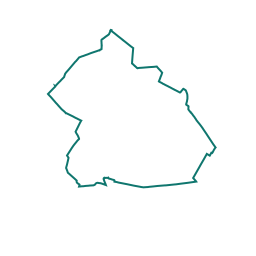 outline of Cenei, Timis, Romania, rotated 121°
{"feature_id": "2599482B59079858547145", "entity_name": "Cenei", "entity_type": "district", "adm_level": 2, "iso_a3": "ROU", "parent_name": "Romania", "parent_adm1": "Timis", "projection": "mercator", "projection_center": [20.902, 45.729], "detail": "fine", "context": "isolated", "style": "outline", "palette": "teal", "viewbox_px": 256, "rotation_deg": 121, "n_neighbors": 0, "source": "geoboundaries", "source_scale": "gbopen_adm2", "svg_char_len": 5519}
<svg xmlns="http://www.w3.org/2000/svg" viewBox="0 0 256 256"><g transform="rotate(121 128 128)"><path d="M203.4,139.8L201.4,137.1L201.0,136.4L199.4,134.4L197.8,132.1L197.0,131.1L194.9,128.0L194.0,127.4L193.7,127.2L192.9,127.1L192.2,127.0L191.5,126.7L190.9,126.2L190.5,125.6L190.3,124.9L189.8,123.8L189.6,123.3L189.5,123.2L189.4,122.8L189.3,122.4L189.2,122.2L189.1,121.7L189.1,121.4L188.9,120.7L188.8,120.1L188.6,119.7L188.6,119.2L188.5,118.5L188.4,118.2L188.3,117.6L187.3,118.8L186.1,120.5L184.5,122.4L184.2,122.7L183.9,122.8L183.5,122.9L183.2,122.8L183.5,122.4L183.2,122.4L182.9,122.2L182.1,121.3L181.6,120.4L181.2,119.6L181.2,119.2L180.8,119.2L181.1,118.3L181.1,117.9L180.7,116.8L180.4,115.3L179.8,113.2L179.8,112.9L179.9,112.6L180.1,112.5L180.5,112.3L180.8,112.1L181.0,112.0L180.1,109.7L179.6,107.9L176.5,99.4L174.4,93.3L172.2,87.5L171.8,86.3L170.8,84.0L170.4,83.5L168.8,81.2L168.4,80.6L167.4,79.4L165.2,76.4L162.6,73.0L158.3,67.0L157.6,65.9L155.1,62.6L152.4,59.0L151.7,58.0L148.8,54.4L144.1,48.4L138.8,41.9L138.7,42.1L137.3,46.4L124.8,46.7L121.8,46.8L115.4,46.9L112.5,47.0L111.4,47.0L109.6,47.1L109.6,46.3L109.6,44.6L109.6,43.7L108.3,43.7L107.1,43.8L106.2,43.8L106.1,43.0L105.3,42.9L102.7,43.1L101.9,43.1L99.9,43.0L99.6,42.9L98.5,45.4L98.1,46.4L97.9,46.8L94.4,54.1L93.3,56.4L92.7,57.6L92.1,58.9L91.5,60.2L90.9,61.5L90.1,63.2L89.7,63.9L89.6,64.3L89.0,65.6L88.4,67.1L88.0,68.1L87.4,69.7L87.1,70.6L86.7,71.7L86.4,72.3L86.3,72.9L85.9,73.6L85.8,73.8L85.6,74.1L85.0,75.5L84.3,76.9L84.0,77.8L83.4,79.3L83.2,79.6L82.9,80.4L82.8,80.8L82.6,81.1L82.6,81.5L82.5,82.0L82.3,82.2L82.4,82.3L82.0,83.3L81.8,83.8L81.7,84.1L81.5,84.6L81.0,85.8L80.0,86.4L78.4,87.2L78.3,87.3L78.1,87.6L78.1,88.1L78.1,88.9L78.0,89.9L78.0,90.1L77.7,90.4L77.4,90.5L76.8,90.6L76.2,90.8L74.4,91.3L73.6,91.7L72.9,91.9L72.0,92.3L71.4,92.7L70.6,93.1L70.0,93.6L69.6,93.8L68.7,94.5L68.3,94.9L67.7,95.6L66.8,96.8L66.3,97.4L66.0,97.9L66.0,98.4L65.9,98.5L65.9,99.5L65.9,99.9L65.8,100.6L66.0,100.8L66.5,100.9L67.3,101.0L69.0,101.3L69.3,101.3L69.7,101.3L70.6,101.6L70.8,101.7L70.9,102.0L70.9,102.4L70.9,103.1L70.9,103.4L71.0,104.1L71.0,104.9L71.1,105.6L71.1,106.5L71.2,107.3L71.3,107.9L71.2,108.4L71.3,108.7L71.3,109.5L71.4,110.0L71.4,111.2L71.5,113.1L71.6,113.9L71.6,115.0L71.7,115.5L71.7,115.9L71.7,116.2L71.8,116.9L71.8,117.4L71.9,117.9L71.9,118.5L71.9,119.2L72.0,120.3L72.1,121.1L72.0,122.0L72.1,123.2L72.1,123.7L72.2,124.4L72.2,124.7L72.2,124.8L72.2,125.1L72.2,125.3L72.2,125.5L71.7,125.6L70.5,125.8L68.7,126.1L67.4,126.4L65.7,126.6L63.0,127.2L62.5,128.7L62.3,129.2L61.9,130.5L61.4,132.3L60.9,133.9L60.5,135.0L62.6,137.8L64.1,140.0L65.0,141.3L68.1,145.6L69.8,148.0L70.6,149.2L71.1,149.8L71.5,150.3L71.8,150.5L71.8,151.2L71.9,151.3L71.8,151.7L71.7,152.1L71.6,152.4L71.6,152.7L71.5,153.1L71.4,153.5L71.4,154.0L71.2,154.3L71.2,154.7L71.1,155.3L70.9,155.9L70.8,156.3L70.8,156.7L70.7,157.0L70.7,157.4L70.6,157.8L67.5,159.4L64.9,160.7L61.9,162.2L56.8,164.7L56.8,165.0L56.5,168.0L55.5,175.5L55.3,177.6L55.2,177.6L54.8,180.8L54.4,184.0L53.8,188.2L53.4,191.8L53.3,192.3L52.6,192.4L52.6,192.7L52.8,193.3L53.1,193.3L53.2,193.2L53.3,193.0L53.4,193.3L53.5,193.3L53.5,193.2L54.1,193.1L54.4,193.0L54.9,192.9L55.4,192.8L55.7,192.8L56.3,192.7L56.7,192.7L57.4,192.6L57.8,192.7L58.2,192.8L58.3,192.9L58.5,193.0L58.8,193.1L59.2,193.2L59.5,193.4L59.9,193.5L60.0,193.6L59.8,193.6L60.2,193.8L60.6,193.9L60.9,194.0L61.2,194.1L61.5,194.3L61.9,194.4L62.4,194.7L62.7,194.7L62.9,194.8L63.2,194.9L64.1,195.4L64.4,195.4L64.7,195.5L65.0,195.8L65.3,195.9L65.8,196.0L66.1,196.1L67.0,195.7L67.3,195.5L67.9,195.0L68.9,194.4L69.3,194.1L69.9,193.7L70.6,193.1L70.9,193.1L71.4,192.7L71.7,192.6L72.0,192.4L72.6,192.1L73.1,191.8L73.5,191.6L74.0,191.3L74.3,191.4L74.9,192.0L75.3,192.2L76.0,192.3L76.1,192.5L76.3,192.6L76.3,192.8L78.5,194.6L80.0,195.9L82.7,198.2L84.1,199.3L85.7,200.5L87.1,201.7L89.5,203.6L90.1,204.2L92.8,206.3L93.9,206.4L97.5,207.0L97.8,207.1L98.4,207.3L108.3,208.9L111.0,209.4L111.5,209.5L111.9,209.6L112.9,209.7L114.0,209.8L114.6,209.6L115.8,209.4L117.2,209.0L121.3,210.0L122.5,210.2L123.9,210.6L124.3,210.7L125.1,210.9L125.7,211.0L125.9,211.1L128.9,211.7L129.5,211.9L129.5,212.0L129.7,211.7L129.9,211.7L130.0,211.7L131.1,212.0L134.0,212.7L135.3,213.0L140.0,214.1L140.2,213.4L140.3,213.4L140.6,212.3L140.9,211.3L141.0,210.7L141.3,209.8L141.5,209.1L142.6,205.8L143.0,204.5L143.5,203.1L144.1,200.9L144.6,199.4L144.7,199.1L144.8,198.9L144.8,198.6L145.0,198.3L145.1,197.7L145.3,197.2L145.4,196.9L145.5,196.5L145.6,196.1L145.8,195.6L145.9,195.3L146.1,194.4L146.2,194.0L146.4,192.9L146.4,192.5L146.5,192.1L146.6,191.4L146.7,191.1L146.8,190.5L146.9,190.1L147.1,189.6L147.2,189.2L147.3,188.9L147.1,188.8L146.6,183.0L146.4,180.6L146.4,179.9L146.4,179.0L146.3,178.5L146.3,177.7L146.2,177.3L146.2,176.9L146.1,176.2L146.1,175.5L146.0,174.5L146.0,174.1L145.9,173.6L145.9,173.4L145.9,173.2L145.9,172.9L145.9,172.3L145.8,171.9L146.1,171.9L148.5,171.8L154.6,171.3L158.2,171.0L159.1,169.6L160.0,167.8L160.5,166.9L162.2,164.6L162.6,164.3L162.8,164.3L164.6,164.8L166.9,165.1L169.6,165.5L171.3,165.7L174.8,165.9L175.9,165.9L183.0,166.1L183.7,164.6L184.2,163.6L187.5,162.5L190.3,161.6L192.0,161.1L193.5,160.7L193.8,160.6L194.2,160.4L194.4,160.2L194.7,159.7L195.2,159.1L195.5,158.7L196.1,157.9L196.7,157.2L197.0,156.9L197.3,156.5L197.4,156.1L197.4,155.7L198.2,151.5L198.9,147.8L199.5,144.9L199.8,144.8L200.3,144.5L200.5,144.4L200.7,144.2L200.9,144.0L201.1,143.7L201.2,143.2L201.3,142.7L201.4,141.9L201.4,140.7L201.5,140.5L201.6,140.3L203.4,139.8Z" fill="none" stroke="#0f766e" stroke-width="2"/></g></svg>